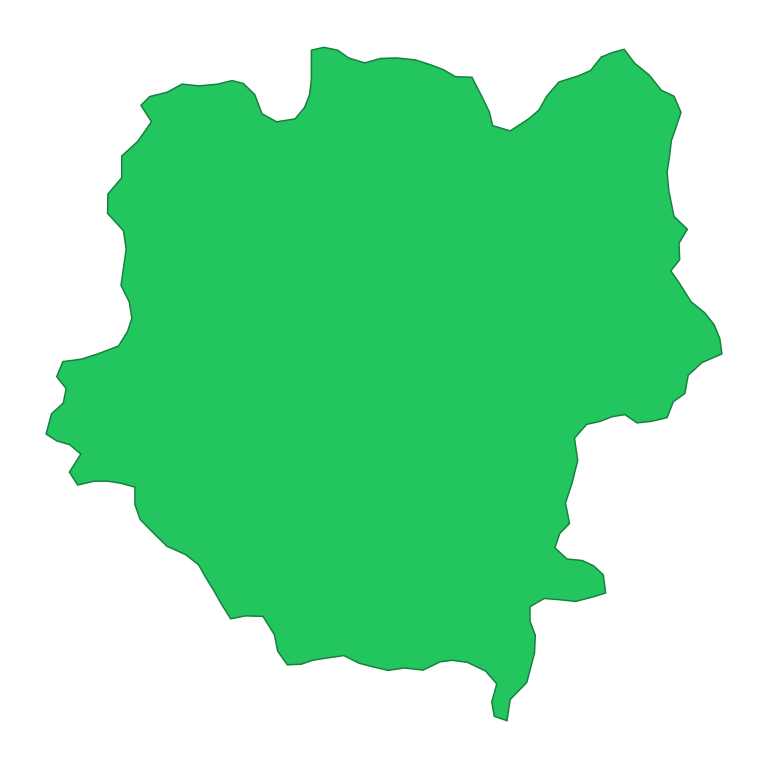 Senhora de Oliveira, Minas Gerais, Brazil (Natural Earth projection)
{"feature_id": "56859067B26008984255683", "entity_name": "Senhora de Oliveira", "entity_type": "district", "adm_level": 2, "iso_a3": "BRA", "parent_name": "Brazil", "parent_adm1": "Minas Gerais", "projection": "natural_earth1", "projection_center": [-43.346, -20.808], "detail": "fine", "context": "isolated", "style": "filled", "palette": "green", "viewbox_px": 768, "rotation_deg": 0, "n_neighbors": 0, "source": "geoboundaries", "source_scale": "gbopen_adm2", "svg_char_len": 1980}
<svg xmlns="http://www.w3.org/2000/svg" viewBox="0 0 768 768"><path d="M721.9,353.9L719.9,338.9L714.2,324.8L704.6,312.7L691.1,301.8L679.2,282.9L670.8,270.9L679.7,259.7L679.0,243.2L687.4,229.3L674.0,216.4L668.8,190.7L667.1,171.9L669.6,156.0L671.3,140.9L675.8,128.0L681.0,112.4L674.0,96.2L661.4,90.3L649.2,75.0L634.6,63.2L624.2,49.3L612.2,52.6L601.3,57.0L590.6,70.5L578.5,75.8L558.9,82.0L546.7,96.2L539.0,110.0L528.6,118.9L510.2,130.9L492.6,125.6L489.4,112.1L481.7,96.2L472.0,77.3L455.4,76.7L443.4,69.7L431.8,65.2L415.4,59.9L396.3,57.9L380.4,58.5L364.5,62.9L348.6,57.9L337.7,50.2L323.8,47.3L311.4,50.2L311.4,79.7L309.6,94.7L304.4,107.7L295.0,118.9L276.6,121.8L262.0,113.8L254.8,94.7L243.4,83.5L232.0,80.6L217.8,84.1L198.9,85.9L182.1,84.1L166.9,92.3L149.8,96.5L140.9,105.3L151.5,121.8L137.6,141.5L121.7,156.0L121.7,177.8L107.9,194.0L107.6,213.4L123.5,230.8L126.2,249.1L123.5,267.9L121.0,285.3L129.2,301.8L131.9,318.0L127.5,331.6L118.5,346.0L96.9,354.2L81.1,359.2L62.9,361.6L56.7,376.6L66.2,388.7L63.2,403.1L51.5,413.8L46.1,434.1L56.8,440.9L69.7,444.7L80.8,454.1L69.4,472.1L77.6,485.0L94.2,481.2L107.9,481.2L121.0,483.3L134.9,487.1L134.9,504.5L140.2,519.5L152.3,531.9L167.0,546.3L185.6,554.6L198.7,564.9L205.9,577.8L213.4,589.9L221.6,604.4L230.7,618.8L245.4,615.9L263.0,616.4L274.4,634.7L277.7,651.2L287.3,664.8L301.2,664.2L312.6,660.3L326.8,658.0L343.9,655.6L359.3,663.3L373.9,667.1L388.1,670.4L404.5,668.0L423.1,670.1L440.2,661.8L452.4,660.3L467.5,662.4L485.4,670.9L496.8,683.9L491.8,701.9L494.3,716.3L507.0,720.7L510.2,699.5L526.8,682.4L534.5,653.0L535.3,635.3L530.0,621.2L530.0,606.7L544.2,598.5L558.6,599.6L575.7,601.4L593.8,596.7L605.7,592.9L603.3,574.9L593.6,565.8L582.2,560.5L567.0,559.0L554.9,547.8L559.8,533.4L569.5,523.6L565.5,503.0L572.0,483.3L577.7,460.6L574.5,438.2L586.6,424.4L600.0,421.4L612.2,416.7L624.9,414.6L637.0,422.9L651.2,421.4L667.1,417.6L673.3,401.7L684.9,393.4L688.2,375.2L702.1,362.5L721.9,353.9Z" fill="#22c55e" stroke="#15803d" stroke-width="1.5"/></svg>